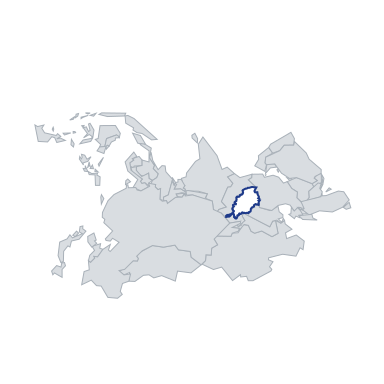 where Afghanistan sits in Asia, rotated 169°
{"feature_id": "AFG", "entity_name": "Afghanistan", "entity_type": "country or territory", "adm_level": 0, "iso_a3": "AFG", "parent_name": "Asia", "parent_adm1": "", "projection": "mercator", "projection_center": [67.565, 33.924], "detail": "fine", "context": "in_parent", "style": "outline", "palette": "blue", "viewbox_px": 384, "rotation_deg": 169, "n_neighbors": 45, "source": "natural_earth", "source_scale": "50m", "svg_char_len": 17015}
<svg xmlns="http://www.w3.org/2000/svg" viewBox="0 0 384 384"><g transform="rotate(169 192 192)"><path d="M195.9,119.2L191.8,122.1L190.3,127.7L185.2,126.4L183.4,133.1L177.0,135.3L179.3,141.5L177.7,144.4L162.2,141.1L160.4,143.9L154.5,143.2L148.0,150.2L143.0,148.5L141.5,142.2L138.4,139.6L131.0,140.4L122.0,132.9L115.4,135.0L115.5,148.0L110.7,144.5L106.6,146.4L106.6,142.9L101.0,136.4L108.0,134.1L108.0,128.2L97.9,129.9L91.2,122.4L94.0,114.2L96.6,116.6L102.2,109.2L114.9,113.6L129.3,112.8L129.9,110.9L125.8,108.1L130.2,103.8L128.4,100.9L129.5,99.4L149.1,93.3L153.7,94.2L154.5,98.8L160.4,99.3L160.2,101.6L169.1,97.3L177.2,112.6L185.7,111.8L195.9,119.2Z" fill="#d9dde1" stroke="#a8b0b8" stroke-width="1"/><path d="M115.5,148.0L115.4,135.0L122.0,132.9L131.0,140.4L138.4,139.6L141.5,142.2L143.0,148.5L147.0,150.2L153.9,144.7L152.5,147.3L159.3,149.5L156.0,151.9L153.0,151.7L153.2,149.2L149.7,150.0L147.7,154.0L145.6,153.8L147.3,158.5L145.9,161.8L122.3,143.0L118.4,148.0L115.5,148.0Z" fill="#d9dde1" stroke="#a8b0b8" stroke-width="1"/><path d="M333.3,271.0L333.4,287.8L331.1,285.7L324.6,286.0L327.3,283.2L325.4,278.2L314.5,273.4L312.8,274.9L310.2,271.6L314.6,270.0L310.8,270.0L306.5,266.8L315.3,266.4L316.4,271.5L319.1,273.0L324.2,268.7L333.3,271.0ZM292.2,287.2L290.9,290.5L288.4,290.7L289.7,288.3L292.2,287.2ZM315.9,282.1L315.7,280.1L316.6,278.3L317.2,280.3L315.9,282.1ZM274.1,253.8L272.6,256.1L276.9,262.1L273.9,262.4L269.6,274.7L254.5,271.9L251.2,263.3L253.0,259.2L255.2,262.4L263.6,261.2L265.7,260.7L268.9,253.3L274.1,253.8ZM299.7,273.1L306.3,272.3L307.3,274.3L299.7,273.1ZM297.1,274.1L295.3,273.6L294.9,272.5L297.4,272.4L297.1,274.1ZM299.8,258.8L301.8,261.5L300.3,266.7L298.5,261.8L299.8,258.8ZM281.8,261.0L292.9,260.7L289.0,263.8L280.0,263.8L279.6,265.7L281.9,268.0L288.1,265.9L283.4,269.2L287.6,278.1L285.2,277.9L286.5,275.8L283.3,276.1L282.0,271.1L280.3,271.9L280.6,278.5L279.0,278.9L276.4,271.5L279.1,264.0L281.8,261.0ZM281.5,290.0L276.9,289.0L279.3,288.4L281.5,290.0ZM279.3,287.0L284.7,286.1L286.9,285.2L286.6,286.6L279.3,287.0ZM274.1,285.2L277.3,286.7L271.2,287.6L274.1,285.2ZM243.8,279.5L260.6,282.2L268.5,285.9L265.6,286.9L242.0,282.0L243.8,279.5ZM237.1,266.2L243.9,272.2L243.2,279.4L240.4,279.4L234.9,275.2L216.2,250.3L221.8,250.9L229.9,259.0L234.7,260.8L238.1,264.1L237.1,266.2Z" fill="#d9dde1" stroke="#a8b0b8" stroke-width="1"/><path d="M292.5,288.5L294.7,286.0L298.3,286.0L292.5,288.5Z" fill="#d9dde1" stroke="#a8b0b8" stroke-width="1"/><path d="M63.9,173.9L61.8,178.2L61.6,185.2L59.9,180.1L62.1,174.5L63.9,173.9Z" fill="#d9dde1" stroke="#a8b0b8" stroke-width="1"/><path d="M65.9,171.1L62.1,174.5L65.5,169.8L65.9,171.1Z" fill="#d9dde1" stroke="#a8b0b8" stroke-width="1"/><path d="M63.2,176.6L61.6,179.7L62.3,176.2L63.2,176.6Z" fill="#d9dde1" stroke="#a8b0b8" stroke-width="1"/><path d="M63.2,176.6L71.5,173.6L72.6,177.3L66.9,179.3L69.5,182.3L64.6,186.1L61.6,185.2L63.2,176.6Z" fill="#d9dde1" stroke="#a8b0b8" stroke-width="1"/><path d="M104.3,200.3L110.5,200.7L116.3,196.2L113.1,205.2L105.4,203.8L104.3,200.3Z" fill="#d9dde1" stroke="#a8b0b8" stroke-width="1"/><path d="M102.3,198.9L102.1,196.8L103.5,195.0L104.4,197.6L102.3,198.9Z" fill="#d9dde1" stroke="#a8b0b8" stroke-width="1"/><path d="M93.3,183.6L96.2,188.0L91.4,186.4L93.3,183.6Z" fill="#d9dde1" stroke="#a8b0b8" stroke-width="1"/><path d="M72.6,177.3L71.5,173.6L77.2,170.4L77.9,164.3L81.7,161.0L86.8,161.7L90.2,166.4L88.5,171.8L93.4,176.4L96.6,184.0L86.7,186.2L72.6,177.3Z" fill="#d9dde1" stroke="#a8b0b8" stroke-width="1"/><path d="M113.6,204.6L116.6,198.4L125.4,205.7L120.3,211.4L119.9,214.9L108.2,221.1L105.4,214.8L113.0,212.1L114.7,206.6L113.6,204.6ZM116.8,194.5L115.8,195.2L116.5,194.2L116.8,194.5Z" fill="#d9dde1" stroke="#a8b0b8" stroke-width="1"/><path d="M234.9,232.9L235.9,227.6L243.8,228.5L244.9,226.6L247.8,229.4L247.5,232.5L243.2,234.5L244.3,236.1L237.2,237.0L234.9,232.9Z" fill="#d9dde1" stroke="#a8b0b8" stroke-width="1"/><path d="M241.7,227.4L235.9,227.6L234.9,232.9L228.5,229.7L226.3,240.6L233.8,248.4L231.2,249.8L223.6,242.9L227.2,233.7L223.7,225.2L225.5,222.4L221.6,216.3L223.8,212.9L228.6,210.9L231.6,213.5L231.0,218.8L236.5,216.7L240.4,219.0L242.6,224.0L241.7,227.4Z" fill="#d9dde1" stroke="#a8b0b8" stroke-width="1"/><path d="M247.2,227.6L241.7,227.4L242.6,224.0L238.4,216.8L231.0,218.8L231.6,213.5L228.6,210.9L232.9,208.9L232.5,205.7L236.5,210.0L239.6,210.0L240.6,212.4L238.3,214.1L247.0,223.1L247.2,227.6Z" fill="#d9dde1" stroke="#a8b0b8" stroke-width="1"/><path d="M228.6,210.9L223.8,212.9L221.6,216.3L225.5,222.4L223.7,225.2L227.2,233.7L224.6,238.8L224.5,230.5L221.0,220.4L216.4,223.6L213.4,222.7L213.8,216.9L208.6,208.0L215.8,193.7L221.0,192.3L221.4,188.9L224.9,191.0L222.2,201.3L224.9,200.8L227.1,204.0L226.3,206.3L231.2,207.0L228.6,210.9Z" fill="#d9dde1" stroke="#a8b0b8" stroke-width="1"/><path d="M239.4,237.4L244.3,236.1L243.2,234.5L247.5,232.5L247.7,225.0L238.3,214.1L240.6,212.4L239.6,210.0L236.5,210.0L233.8,205.3L241.9,202.8L248.9,207.8L242.8,214.6L251.0,224.8L251.9,234.3L241.5,242.3L239.4,237.4Z" fill="#d9dde1" stroke="#a8b0b8" stroke-width="1"/><path d="M306.8,144.3L304.4,149.4L298.8,153.2L300.5,157.8L291.6,158.7L293.3,154.5L290.4,152.7L292.5,150.5L297.1,146.3L300.5,147.5L300.1,145.6L305.1,142.2L306.8,144.3Z" fill="#d9dde1" stroke="#a8b0b8" stroke-width="1"/><path d="M295.3,159.8L300.9,157.0L303.7,162.9L302.8,168.3L296.1,170.5L295.2,163.1L297.1,162.6L295.3,159.8Z" fill="#d9dde1" stroke="#a8b0b8" stroke-width="1"/><path d="M196.9,118.8L208.4,112.8L221.3,117.1L225.4,107.7L237.7,115.7L245.9,115.0L250.0,118.9L255.6,119.5L265.1,115.1L271.0,116.5L268.6,124.9L274.6,123.6L278.9,127.5L262.8,135.7L258.7,134.7L257.4,137.0L258.6,139.5L255.0,142.6L241.0,147.0L230.5,143.3L218.9,143.1L216.3,137.8L205.1,134.0L205.2,128.1L196.9,118.8Z" fill="#d9dde1" stroke="#a8b0b8" stroke-width="1"/><path d="M221.4,188.9L221.0,192.3L215.8,193.7L209.5,206.5L208.2,202.1L207.0,203.9L205.6,202.4L208.8,198.3L202.5,197.4L199.0,194.1L198.1,196.0L199.9,197.5L197.8,199.6L199.3,200.4L199.8,207.4L194.9,208.0L193.7,211.7L182.7,221.4L177.9,223.1L176.7,237.7L170.8,243.9L160.5,222.9L158.2,208.4L152.7,209.7L146.8,201.9L154.1,200.0L150.2,192.7L153.0,189.7L156.0,189.9L164.9,177.0L161.1,170.7L169.1,169.7L171.5,167.0L174.3,170.7L173.8,179.2L179.9,183.2L177.3,187.3L185.5,191.5L197.7,194.2L199.4,189.4L199.7,192.2L202.0,193.3L207.9,193.0L207.0,190.3L218.3,185.4L218.7,188.4L221.4,188.9Z" fill="#d9dde1" stroke="#a8b0b8" stroke-width="1"/><path d="M208.2,202.1L208.7,210.2L206.3,204.5L203.9,204.4L203.4,207.0L200.2,206.4L197.8,199.6L199.9,197.5L198.1,196.0L199.0,194.1L202.5,197.4L208.8,198.3L205.6,202.4L207.0,203.9L208.2,202.1Z" fill="#d9dde1" stroke="#a8b0b8" stroke-width="1"/><path d="M207.0,190.3L207.9,193.0L199.7,192.2L202.7,188.8L207.0,190.3Z" fill="#d9dde1" stroke="#a8b0b8" stroke-width="1"/><path d="M197.9,190.0L197.7,194.2L195.6,194.2L177.3,187.3L181.0,182.5L192.0,189.0L197.9,190.0Z" fill="#d9dde1" stroke="#a8b0b8" stroke-width="1"/><path d="M171.5,167.0L169.1,169.7L161.1,170.7L164.9,177.0L156.0,189.9L153.0,189.7L150.2,192.7L154.1,200.0L146.8,201.9L142.2,197.0L129.7,198.0L130.6,194.7L134.3,193.2L128.1,184.3L132.4,185.8L142.1,184.1L143.6,179.9L149.7,178.1L156.2,163.8L164.7,161.8L167.3,165.7L171.5,167.0Z" fill="#d9dde1" stroke="#a8b0b8" stroke-width="1"/><path d="M145.9,161.8L147.3,158.5L145.6,153.8L153.2,149.2L154.1,151.6L150.1,154.0L160.9,154.3L164.2,160.9L156.2,163.1L153.5,157.4L149.4,161.8L145.9,161.8Z" fill="#d9dde1" stroke="#a8b0b8" stroke-width="1"/><path d="M153.9,144.7L160.4,143.9L162.2,141.1L177.7,144.4L160.9,154.3L150.1,154.0L150.3,152.1L159.3,149.5L152.5,147.3L153.9,144.7Z" fill="#d9dde1" stroke="#a8b0b8" stroke-width="1"/><path d="M106.6,146.4L110.7,144.5L114.2,148.2L118.4,148.0L122.3,143.0L142.6,159.1L142.5,161.1L140.6,160.1L131.6,167.7L128.9,166.5L128.7,163.9L119.0,158.9L110.3,161.6L110.2,155.9L107.1,152.3L107.7,149.5L112.4,149.2L109.8,145.2L107.4,148.6L106.6,146.4Z" fill="#d9dde1" stroke="#a8b0b8" stroke-width="1"/><path d="M96.6,184.0L93.4,176.4L88.5,171.8L90.2,166.4L85.4,159.1L85.1,154.3L90.4,156.6L95.3,153.8L98.2,160.4L102.4,162.6L110.0,162.4L117.2,158.6L128.7,163.9L127.2,174.8L130.4,181.6L128.1,184.3L134.3,193.2L130.6,194.7L129.7,198.0L119.2,196.1L118.1,192.6L109.2,193.0L104.1,190.0L100.5,183.3L96.6,184.0Z" fill="#d9dde1" stroke="#a8b0b8" stroke-width="1"/><path d="M63.7,175.6L65.9,171.1L64.1,167.3L66.3,162.8L80.6,161.5L77.9,164.3L77.2,170.4L66.5,176.8L63.7,175.6Z" fill="#d9dde1" stroke="#a8b0b8" stroke-width="1"/><path d="M91.3,156.5L84.0,151.6L83.8,148.7L88.9,149.7L91.3,156.5Z" fill="#d9dde1" stroke="#a8b0b8" stroke-width="1"/><path d="M86.8,161.7L66.3,162.8L64.8,166.0L64.8,163.4L61.1,162.9L48.2,165.0L43.0,163.3L39.2,154.2L47.1,148.3L58.0,145.6L70.4,149.2L81.3,147.1L86.9,153.4L85.1,154.3L86.8,161.7ZM39.1,146.2L43.9,145.6L46.4,148.0L39.7,151.9L39.1,146.2Z" fill="#d9dde1" stroke="#a8b0b8" stroke-width="1"/><path d="M181.6,245.0L181.3,247.7L178.0,249.1L176.3,243.3L177.4,239.1L181.6,245.0Z" fill="#d9dde1" stroke="#a8b0b8" stroke-width="1"/><path d="M252.6,217.0L250.4,213.8L255.9,211.9L254.8,215.7L252.6,217.0ZM160.9,154.3L179.3,141.5L177.0,135.3L183.4,133.1L185.2,126.4L190.3,127.7L191.8,122.1L196.9,118.8L205.2,128.1L205.1,134.0L216.3,137.8L218.9,143.1L230.5,143.3L241.0,147.0L252.0,143.8L258.6,139.5L257.4,137.0L258.7,134.7L262.8,135.7L272.9,128.9L278.6,128.8L274.6,123.6L267.9,123.3L271.0,116.5L277.7,115.5L281.4,108.1L280.0,104.8L285.3,101.9L294.7,104.6L299.1,117.0L303.6,118.3L307.7,124.7L318.0,122.0L313.1,134.5L307.7,135.2L306.8,144.3L305.1,142.2L300.1,145.6L300.5,147.5L297.1,146.3L290.4,152.7L282.2,156.1L285.1,151.0L283.7,149.2L273.2,156.6L278.8,161.7L281.6,159.4L285.6,160.8L286.0,162.5L277.3,168.9L284.4,178.7L282.8,181.8L284.9,184.3L283.8,189.0L276.1,199.5L269.0,204.4L255.9,208.2L255.0,211.1L253.6,211.3L253.6,208.3L246.3,207.1L245.5,204.4L241.9,202.8L232.5,205.7L232.9,208.9L226.3,206.3L227.1,204.0L224.9,200.8L222.2,201.3L224.9,191.0L222.9,188.6L218.7,188.4L218.3,185.4L209.1,189.9L202.7,188.8L199.6,191.6L199.4,189.4L192.0,189.0L173.8,179.2L174.3,170.7L167.3,165.7L160.9,154.3Z" fill="#d9dde1" stroke="#a8b0b8" stroke-width="1"/><path d="M283.3,197.4L282.5,204.4L281.4,206.7L279.8,202.3L283.3,197.4Z" fill="#d9dde1" stroke="#a8b0b8" stroke-width="1"/><path d="M91.0,146.1L94.6,148.5L96.6,146.3L101.2,151.6L99.1,151.8L97.4,158.0L95.3,153.8L91.3,156.5L89.0,152.8L87.4,148.2L91.3,148.8L91.0,146.1ZM90.4,156.6L88.6,156.2L86.9,153.4L89.3,154.2L90.4,156.6Z" fill="#d9dde1" stroke="#a8b0b8" stroke-width="1"/><path d="M74.5,140.6L88.6,143.9L91.6,148.4L78.6,147.2L78.3,143.4L74.5,140.6Z" fill="#d9dde1" stroke="#a8b0b8" stroke-width="1"/><path d="M282.7,232.9L280.3,229.6L283.4,230.6L282.7,232.9ZM287.2,241.2L287.1,236.3L288.1,237.9L290.0,235.4L287.2,241.2ZM293.4,239.2L296.3,245.9L295.4,248.3L294.4,245.6L293.2,246.9L293.3,250.1L290.3,248.6L288.8,244.2L284.4,245.9L288.4,242.0L293.5,241.3L293.4,239.2ZM278.7,237.2L272.3,242.9L278.3,235.1L278.7,237.2ZM285.5,216.9L283.9,227.3L289.6,228.7L290.0,232.0L287.0,229.3L281.1,228.5L282.1,226.8L279.3,224.4L281.3,216.1L285.5,216.9ZM284.6,237.5L284.3,233.7L287.5,234.5L284.6,237.5ZM293.6,233.0L294.3,235.9L292.3,235.2L291.8,238.3L290.4,231.9L293.6,233.0Z" fill="#d9dde1" stroke="#a8b0b8" stroke-width="1"/><path d="M228.5,247.8L235.9,250.2L239.1,261.1L231.9,257.3L228.5,247.8ZM274.1,253.8L268.9,253.3L265.7,260.7L255.2,262.4L253.5,260.9L253.0,259.2L256.9,259.6L257.4,257.5L261.6,256.4L264.7,252.8L267.6,253.3L271.1,246.6L277.4,250.5L274.1,253.8Z" fill="#d9dde1" stroke="#a8b0b8" stroke-width="1"/><path d="M267.9,250.4L267.6,253.3L265.8,254.1L264.7,252.8L267.9,250.4Z" fill="#d9dde1" stroke="#a8b0b8" stroke-width="1"/><path d="M335.6,155.1L331.4,168.1L323.6,169.8L320.0,173.3L318.1,169.8L307.6,172.0L310.2,174.3L308.5,179.4L305.6,179.5L306.3,176.8L303.6,173.8L311.8,167.2L319.7,166.9L322.3,161.3L324.1,162.8L329.3,158.3L331.5,148.4L334.2,147.8L335.6,155.1ZM342.5,138.8L344.4,137.3L344.9,141.2L338.9,145.6L334.9,143.3L333.5,147.1L330.6,147.1L330.3,143.7L334.3,140.8L335.8,133.0L342.5,138.8ZM311.2,173.3L315.1,170.5L317.3,172.3L312.8,175.6L311.2,173.3Z" fill="#d9dde1" stroke="#a8b0b8" stroke-width="1"/><path d="M105.4,214.8L108.2,221.1L105.8,223.9L83.5,231.7L81.3,224.9L83.3,218.6L92.6,220.3L98.0,215.8L105.4,214.8Z" fill="#d9dde1" stroke="#a8b0b8" stroke-width="1"/><path d="M61.7,185.7L68.2,183.8L69.5,182.3L66.9,179.3L72.6,177.3L86.7,186.2L93.7,186.7L100.6,193.4L105.4,203.8L113.6,204.6L114.7,206.6L113.0,212.1L98.0,215.8L92.6,220.3L83.3,218.6L81.7,221.9L72.4,208.5L70.8,201.9L60.9,189.4L61.7,185.7Z" fill="#d9dde1" stroke="#a8b0b8" stroke-width="1"/><path d="M60.7,166.5L56.6,169.9L54.8,168.2L60.7,166.5Z" fill="#d9dde1" stroke="#a8b0b8" stroke-width="1"/><path d="M142.6,161.1L143.3,161.0L144.0,161.2L144.3,161.5L144.6,161.6L144.9,161.4L145.1,161.4L145.2,161.5L145.3,161.5L145.6,161.5L145.7,161.8L145.9,162.0L146.2,162.3L146.5,162.4L146.9,162.2L147.0,162.2L147.3,161.8L147.7,161.6L148.0,161.5L148.0,161.4L148.3,161.4L148.5,161.3L148.5,161.2L148.8,161.2L149.0,161.4L149.4,161.7L149.6,161.9L149.8,161.8L150.0,161.6L150.0,161.3L149.9,161.0L150.0,160.7L150.5,160.3L151.0,160.3L151.3,160.3L151.6,160.5L151.8,160.5L151.9,160.4L152.1,160.1L152.1,159.8L152.0,159.4L152.1,159.2L152.3,159.1L152.5,158.8L152.8,158.4L153.0,157.9L153.3,157.6L153.7,157.5L154.2,157.6L154.7,158.0L154.9,158.5L154.7,159.0L154.7,159.3L154.8,159.3L155.0,159.3L155.3,159.2L155.5,159.3L155.5,159.5L155.4,159.7L155.3,160.3L155.2,160.8L155.2,161.4L155.1,161.8L155.2,162.2L155.4,162.7L155.5,163.1L155.9,163.2L156.1,163.2L156.4,163.0L157.0,162.6L157.5,162.3L158.3,162.1L158.5,161.7L158.9,161.4L159.7,160.9L160.1,160.8L160.4,160.7L160.7,160.8L160.8,160.8L161.0,160.9L161.0,161.0L160.8,161.3L160.7,161.4L160.8,161.5L161.1,161.5L161.6,161.3L161.9,161.2L162.1,161.2L162.4,160.9L162.6,160.9L162.8,161.0L163.0,161.0L163.4,161.0L163.6,161.1L163.8,161.3L163.9,161.5L164.0,161.5L163.9,161.5L163.7,161.4L163.4,161.4L163.1,161.5L162.7,161.7L162.7,161.8L163.0,162.1L162.8,162.3L162.2,162.6L161.8,162.8L161.7,162.8L161.5,162.7L161.1,162.6L160.2,162.6L159.4,162.7L159.1,162.7L158.5,162.8L158.2,162.8L157.9,162.9L157.7,163.0L157.4,163.1L157.2,163.1L156.8,163.4L156.4,163.7L156.1,163.9L156.0,164.1L155.9,164.1L155.6,164.0L155.4,164.2L155.2,164.5L154.8,164.9L154.6,165.0L154.5,165.3L154.9,165.6L155.0,165.8L155.3,166.3L155.3,166.7L155.5,166.9L155.5,167.1L155.6,167.3L155.4,167.5L155.5,167.8L155.6,168.0L155.4,168.3L155.2,168.7L154.9,168.9L154.8,169.0L154.6,169.3L154.3,169.6L154.2,169.8L154.1,170.0L153.9,170.0L154.0,170.2L154.1,170.3L154.3,170.5L154.3,170.8L154.2,171.0L154.3,171.3L154.2,171.5L153.6,171.7L153.1,171.8L152.5,171.8L152.3,171.8L152.1,171.8L151.4,171.5L151.2,171.7L151.1,172.0L151.6,172.5L151.8,172.8L152.0,173.4L152.2,173.6L152.1,173.9L151.7,174.1L151.3,174.4L150.7,174.5L150.4,174.6L150.2,174.7L150.1,175.3L149.9,175.5L149.8,176.0L149.6,176.2L149.5,176.5L149.6,177.0L149.6,178.0L149.4,178.3L149.1,178.6L148.8,178.8L148.6,178.9L148.3,178.9L148.2,178.7L147.9,178.4L147.7,178.4L147.5,178.5L147.2,178.5L146.9,178.4L146.7,178.4L146.7,178.5L146.4,178.8L145.7,179.1L145.4,179.2L145.3,179.3L145.4,179.6L145.7,179.7L145.7,179.8L145.3,180.0L144.9,180.1L144.5,180.1L144.1,180.1L143.8,179.9L143.6,179.9L143.3,180.0L143.1,180.2L142.8,180.7L142.7,180.7L142.7,180.8L142.2,181.1L142.1,181.4L141.9,182.0L142.0,182.3L142.0,182.8L141.9,183.2L141.8,183.4L141.8,183.6L142.0,183.9L141.9,184.0L141.7,184.2L141.1,184.4L140.4,184.6L139.9,184.8L139.1,185.0L138.9,185.1L138.4,185.1L138.2,185.0L137.9,185.0L137.4,185.0L137.1,185.1L136.8,185.2L136.5,185.4L136.4,185.5L136.0,185.4L135.0,185.2L132.2,185.5L131.9,185.5L131.0,185.1L129.7,184.7L129.0,184.5L128.0,184.2L128.7,183.4L129.3,182.7L129.8,182.0L130.4,181.3L130.5,181.0L130.5,180.6L130.3,179.9L130.1,179.6L129.3,179.5L128.7,179.4L128.0,179.3L127.9,179.3L127.9,178.8L127.9,178.6L127.9,178.2L127.9,177.8L128.0,177.3L128.0,177.0L127.7,176.0L127.5,175.4L127.3,174.8L127.3,174.6L127.3,174.3L127.7,173.8L127.8,173.6L128.0,173.4L128.2,173.2L127.9,173.0L127.5,173.0L127.3,172.9L127.2,172.8L127.1,172.6L127.2,172.2L127.1,171.4L127.3,171.0L127.5,170.7L128.1,170.7L127.9,170.4L127.8,170.2L127.7,170.2L127.9,170.0L128.0,169.9L128.2,169.7L128.3,169.7L128.4,169.4L128.5,169.2L128.6,168.8L128.7,168.6L128.7,168.4L128.8,168.3L128.7,168.1L128.7,167.9L128.7,167.7L128.8,167.7L128.9,167.4L129.0,167.2L129.1,166.8L129.1,166.6L129.3,166.6L129.5,166.9L129.8,167.1L130.0,167.2L130.3,167.3L130.6,167.2L130.8,167.2L131.2,167.4L131.5,167.7L131.6,167.8L131.7,168.0L131.8,168.0L132.0,167.8L132.3,167.8L132.5,167.8L132.8,167.7L133.2,167.5L133.5,167.3L133.7,167.2L133.7,166.8L133.8,166.6L134.0,166.4L133.9,166.3L133.9,166.2L133.9,165.9L134.0,165.9L134.3,165.9L134.9,165.7L135.3,165.5L135.7,165.4L135.9,165.4L136.1,165.4L136.2,165.2L136.3,165.1L136.6,165.0L137.0,164.7L137.4,164.3L137.5,164.1L137.6,163.7L137.8,163.0L138.0,162.4L138.1,162.0L138.2,161.8L138.5,161.6L138.9,161.5L139.4,161.4L140.1,161.4L140.2,161.1L140.3,160.7L140.6,160.4L141.0,160.6L141.5,160.9L142.1,161.1L142.4,161.1L142.6,161.1Z" fill="none" stroke="#1e3a8a" stroke-width="2"/></g></svg>